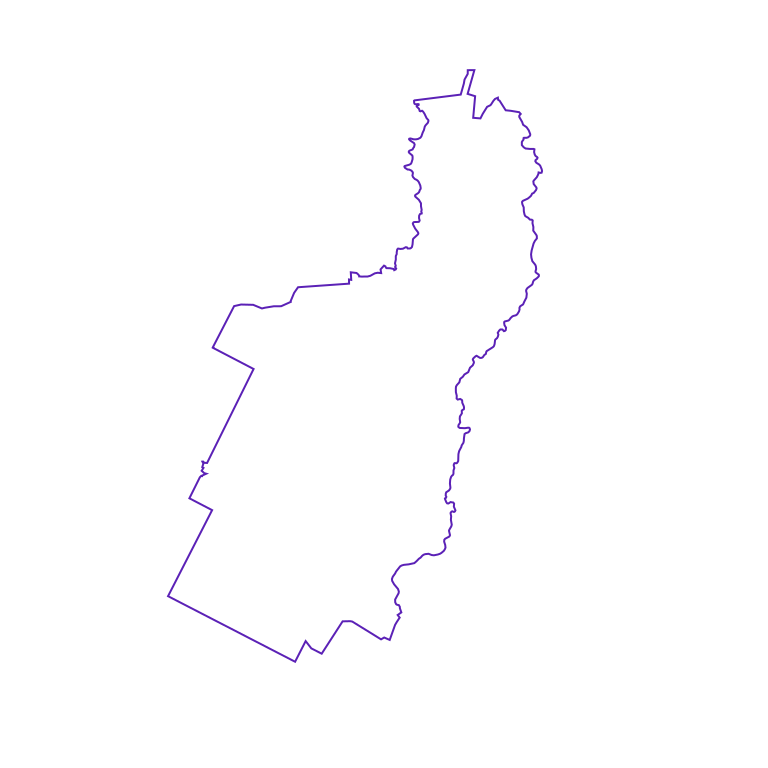 Mazzalves pag., Neretas, Latvia (orthographic projection), rotated 219°
{"feature_id": "27541924B89627851604183", "entity_name": "Mazzalves pag.", "entity_type": "district", "adm_level": 2, "iso_a3": "LVA", "parent_name": "Latvia", "parent_adm1": "Neretas", "projection": "orthographic", "projection_center": [24.992, 56.383], "detail": "fine", "context": "isolated", "style": "outline", "palette": "violet", "viewbox_px": 768, "rotation_deg": 219, "n_neighbors": 0, "source": "geoboundaries", "source_scale": "gbopen_adm2", "svg_char_len": 6165}
<svg xmlns="http://www.w3.org/2000/svg" viewBox="0 0 768 768"><g transform="rotate(219 384 384)"><path d="M511.3,684.8L516.4,680.6L514.1,677.7L513.0,671.3L511.0,667.7L506.5,657.2L538.8,623.6L538.9,623.0L537.4,621.4L536.5,621.0L535.5,621.2L533.7,623.0L533.1,623.2L532.7,622.7L533.5,621.0L533.2,620.2L530.0,619.9L528.0,618.6L527.2,618.9L526.4,620.3L525.1,620.3L522.6,619.5L518.2,617.4L515.7,617.0L515.0,616.4L514.3,614.6L514.5,611.1L514.3,609.7L512.8,606.5L512.2,603.9L510.8,600.0L510.7,598.3L511.8,595.8L513.0,594.4L514.8,592.9L517.9,591.5L518.7,590.6L518.7,590.2L518.4,589.9L517.0,589.7L512.2,590.1L510.9,589.4L509.8,587.1L509.8,586.0L509.4,584.3L511.0,581.4L511.1,580.6L510.8,579.9L509.9,579.5L505.8,579.4L504.7,578.5L503.3,576.7L501.9,573.3L501.7,572.0L502.3,570.4L504.9,566.7L505.1,566.3L504.9,565.7L503.7,565.2L500.7,565.5L499.3,566.5L496.9,567.1L494.8,566.6L494.1,565.8L493.1,563.9L491.7,563.1L489.1,562.7L487.1,563.2L485.6,563.2L484.0,562.8L480.7,561.1L478.7,559.3L478.3,558.5L478.3,557.5L477.5,555.2L477.6,553.8L478.6,550.7L478.3,549.7L477.4,549.3L472.9,549.1L469.0,547.7L467.2,545.5L464.3,543.0L463.6,541.5L462.3,540.7L462.0,540.2L462.9,539.0L462.9,538.3L462.6,536.9L461.2,535.0L459.2,533.5L458.9,532.3L459.3,531.6L462.5,528.8L462.8,528.2L462.7,527.0L461.7,526.2L457.6,524.4L453.4,523.4L452.2,522.8L451.9,522.3L451.8,521.5L452.7,515.4L452.5,514.6L449.7,510.5L448.5,508.1L448.6,506.7L449.0,505.8L450.9,504.2L452.2,504.6L453.2,504.0L454.4,501.1L456.2,499.3L458.3,498.1L458.4,496.9L457.1,494.5L455.9,493.0L455.3,490.8L453.1,488.1L451.4,484.7L449.2,483.2L449.1,482.1L448.8,481.8L447.2,481.4L447.0,480.4L447.7,478.9L448.8,479.5L452.1,477.8L455.0,475.6L455.9,475.7L456.9,476.3L458.5,476.0L458.8,470.9L456.0,468.4L458.9,466.5L460.8,464.2L462.7,459.5L464.4,457.2L469.1,453.3L470.9,452.1L471.0,452.4L472.9,452.9L475.2,453.0L480.1,449.9L475.0,444.3L477.0,443.2L474.3,440.0L511.7,405.1L511.2,398.3L508.7,389.7L508.1,389.2L512.9,379.7L518.6,375.0L524.5,368.4L526.4,365.9L535.5,363.2L545.1,355.8L549.5,350.2L540.1,304.8L539.6,304.9L539.6,304.5L494.8,313.6L471.8,211.3L474.0,209.7L475.8,209.9L476.3,209.4L474.3,208.5L472.9,205.0L471.5,205.2L471.1,201.8L467.6,201.6L465.7,202.4L467.6,198.6L467.4,198.0L468.2,197.6L468.4,195.6L463.3,172.7L438.2,177.8L418.3,83.2L278.3,112.2L283.1,134.9L274.1,132.8L262.7,135.2L266.8,173.5L261.0,178.4L259.2,179.4L225.6,183.7L224.3,187.1L218.5,188.7L223.8,203.8L224.3,207.1L224.8,212.3L228.0,213.1L226.8,217.4L230.5,219.7L231.5,220.8L233.3,221.5L234.8,220.7L235.9,220.5L237.9,221.4L239.7,223.5L241.0,230.6L241.8,232.0L244.1,233.5L250.1,234.7L253.7,236.1L255.1,237.4L255.9,239.8L256.1,243.7L256.6,245.8L256.7,252.4L256.1,254.0L254.8,255.9L251.3,259.4L247.7,263.9L247.2,266.8L246.9,270.2L246.3,272.1L246.2,274.6L245.8,276.2L244.9,277.7L242.5,280.1L239.3,281.1L237.4,282.3L234.9,285.3L233.7,287.2L233.1,288.8L232.5,291.9L232.7,293.8L233.2,295.5L235.1,297.4L238.0,299.3L239.1,300.9L239.1,302.2L237.3,306.4L237.3,307.0L237.6,308.1L241.1,310.8L241.5,311.8L242.1,315.7L242.8,317.3L246.6,320.6L248.5,323.4L251.0,325.5L251.2,326.0L251.2,327.4L250.7,328.1L249.3,328.5L248.9,328.9L248.7,329.7L249.0,330.8L252.5,332.6L254.2,335.1L255.5,335.5L258.0,334.1L258.5,332.3L258.9,331.5L259.9,331.0L261.3,331.4L264.5,333.2L264.6,333.7L264.2,334.7L264.6,335.6L265.8,336.1L267.0,337.7L267.5,339.0L266.5,342.2L266.7,344.4L267.3,345.4L270.1,348.1L272.4,351.4L273.4,354.0L273.5,355.5L273.2,356.8L273.5,357.9L275.6,360.6L276.5,363.0L278.7,364.7L279.1,365.5L279.4,366.6L279.2,367.1L278.0,367.8L277.6,368.4L277.6,369.5L277.9,370.9L282.0,376.3L283.1,378.5L283.5,379.6L284.3,383.7L285.0,385.2L285.3,388.3L286.2,390.1L287.7,392.1L289.9,395.8L289.6,397.1L288.1,399.4L287.9,401.1L288.5,402.7L289.6,403.5L290.4,403.5L291.3,402.8L293.3,400.6L297.5,397.5L299.0,397.4L299.7,397.9L300.3,399.2L300.4,400.9L300.7,402.2L303.2,404.5L304.6,406.6L305.0,410.2L306.7,412.1L306.7,413.3L306.1,414.3L306.1,414.8L307.1,416.2L308.1,417.0L311.4,418.7L312.7,420.2L313.5,420.6L315.4,420.3L316.9,418.3L318.4,418.4L320.1,420.7L323.0,422.9L325.5,425.9L326.4,427.3L326.7,429.0L326.5,432.7L328.0,436.0L327.3,439.2L327.5,442.0L326.0,446.2L327.4,450.8L326.8,454.4L327.5,457.1L328.3,457.9L330.3,458.8L330.6,459.3L330.7,460.4L330.3,463.2L329.8,464.2L325.9,464.7L325.0,465.3L324.2,466.5L324.1,467.3L324.3,469.6L323.8,471.5L324.7,473.2L324.9,474.2L322.6,481.0L322.4,482.1L322.5,482.9L323.2,484.7L325.3,488.0L325.4,488.8L325.0,490.7L325.3,492.4L326.2,494.4L327.8,495.3L328.1,497.8L328.0,499.3L327.6,499.9L326.2,500.9L324.1,500.5L323.5,501.2L323.3,502.5L324.6,504.6L327.3,505.5L329.1,507.1L329.6,507.9L329.5,508.6L327.2,511.7L327.0,512.8L327.1,515.0L326.8,517.2L326.3,518.3L324.8,520.3L324.4,521.6L324.4,522.7L324.8,525.5L325.6,527.3L326.6,528.3L327.0,529.6L327.0,530.4L326.0,533.4L326.8,536.3L327.7,540.7L329.8,544.0L332.2,545.8L332.8,547.0L332.9,549.0L331.5,554.1L331.6,555.3L332.5,557.3L332.8,558.9L331.8,562.2L331.5,564.4L331.6,565.5L332.6,566.4L335.6,566.2L336.7,566.4L337.2,567.0L338.1,569.1L340.1,571.1L341.6,571.9L346.0,572.8L348.9,574.9L351.3,577.3L353.3,580.7L356.2,587.4L356.8,590.2L356.8,593.3L358.4,595.2L359.4,595.7L364.5,597.1L366.7,600.0L369.8,602.4L371.4,604.7L372.5,604.7L374.1,603.6L376.5,603.9L379.8,603.4L381.4,604.1L384.0,606.2L386.6,609.2L389.5,610.7L391.0,612.0L391.4,612.7L391.3,613.8L389.0,618.4L388.5,620.6L388.2,622.8L388.7,625.2L387.9,626.7L387.9,630.3L388.4,631.9L389.2,632.6L393.5,633.6L395.5,635.5L395.6,636.4L395.4,640.9L396.1,644.1L397.0,645.7L395.4,646.4L394.5,647.4L395.2,649.0L396.7,650.2L400.1,652.0L401.8,652.2L404.8,651.8L406.5,652.3L407.1,653.3L406.7,655.5L407.1,656.5L407.8,656.7L409.7,656.6L411.3,657.2L413.3,658.7L414.8,661.1L415.6,660.9L418.4,658.6L422.2,656.1L424.4,655.9L427.2,656.4L429.1,658.7L429.3,659.6L429.4,661.8L430.3,662.9L430.2,663.4L428.1,665.1L427.3,666.3L426.8,668.8L427.1,669.6L427.6,670.2L431.1,672.2L434.8,673.3L439.0,673.0L441.6,674.6L446.8,676.6L447.6,677.4L447.8,678.5L447.7,679.9L450.0,680.3L457.4,676.1L461.7,673.3L472.4,676.9L474.2,676.7L475.7,678.2L477.1,675.4L477.2,673.0L476.7,668.5L476.8,667.5L478.3,664.3L477.3,656.2L476.2,651.1L482.2,647.0L494.3,665.0L501.6,662.1L511.3,684.8Z" fill="none" stroke="#5b21b6" stroke-width="2"/></g></svg>